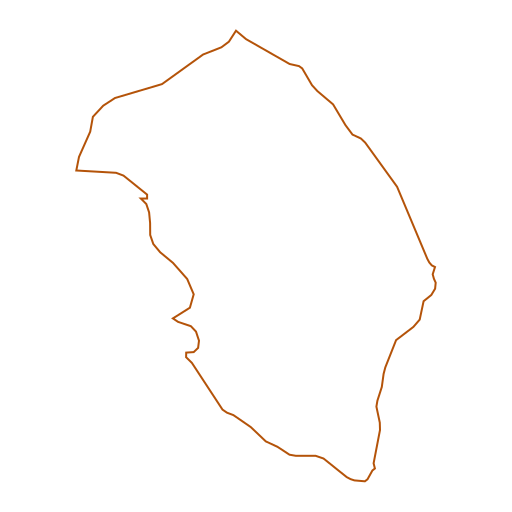 outline of Lecce
{"feature_id": "ITA-5407", "entity_name": "Lecce", "entity_type": "Province", "adm_level": 1, "iso_a3": "ITA", "parent_name": "Italy", "parent_adm1": "", "projection": "albers", "projection_center": [18.178, 40.157], "detail": "fine", "context": "isolated", "style": "outline", "palette": "amber", "viewbox_px": 512, "rotation_deg": 0, "n_neighbors": 0, "source": "natural_earth", "source_scale": "10m", "svg_char_len": 1154}
<svg xmlns="http://www.w3.org/2000/svg" viewBox="0 0 512 512"><path d="M236.0,30.7L246.0,39.1L289.6,64.0L299.0,66.1L302.2,68.4L312.0,85.2L317.4,91.1L333.1,104.4L345.5,125.2L352.5,134.6L360.9,138.5L365.2,142.6L397.1,186.8L427.3,258.8L429.3,262.5L431.8,265.4L435.0,267.0L432.7,274.3L433.9,278.7L435.7,282.7L435.1,288.7L431.3,295.0L423.6,301.2L419.7,319.6L413.4,326.9L396.1,340.1L385.3,367.4L383.6,373.9L381.8,387.0L377.4,400.7L376.4,406.6L379.8,422.7L380.0,430.0L373.6,463.3L374.9,468.5L372.4,470.5L367.5,479.3L364.9,481.3L354.4,480.4L350.5,479.1L346.7,477.1L323.5,458.5L315.6,455.8L295.8,455.8L289.5,454.7L277.6,446.9L265.8,441.4L250.8,427.1L233.4,415.1L227.0,412.7L222.5,409.6L191.9,362.9L186.1,357.2L186.2,352.6L193.7,352.1L198.1,347.9L199.0,340.7L196.0,331.6L190.9,326.2L178.1,321.9L172.9,318.4L189.9,307.7L193.7,294.3L187.2,279.0L173.0,262.9L160.2,252.3L153.3,244.0L150.2,235.0L150.1,223.0L149.1,212.4L146.3,204.0L140.8,198.5L147.1,198.5L147.1,194.6L123.5,175.6L116.1,172.8L76.3,170.5L79.0,156.9L90.2,131.7L92.9,116.8L103.2,105.7L115.0,98.0L162.0,84.1L203.1,54.5L221.4,47.3L228.9,41.7L236.0,30.7Z" fill="none" stroke="#b45309" stroke-width="2"/></svg>